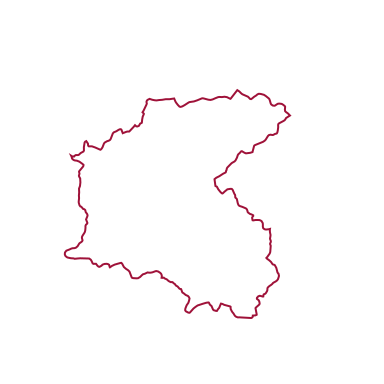 Tra Bong, Quảng Ngãi, Vietnam, rotated 213°
{"feature_id": "81297802B78342510004852", "entity_name": "Tra Bong", "entity_type": "district", "adm_level": 2, "iso_a3": "VNM", "parent_name": "Vietnam", "parent_adm1": "Quảng Ngãi", "projection": "natural_earth1", "projection_center": [108.495, 15.224], "detail": "fine", "context": "isolated", "style": "outline", "palette": "rose", "viewbox_px": 384, "rotation_deg": 213, "n_neighbors": 0, "source": "geoboundaries", "source_scale": "gbopen_adm2", "svg_char_len": 6016}
<svg xmlns="http://www.w3.org/2000/svg" viewBox="0 0 384 384"><g transform="rotate(213 192 192)"><path d="M73.1,120.5L73.7,121.5L71.7,123.0L70.9,124.2L71.1,124.6L75.5,129.2L75.4,130.2L74.3,134.2L74.4,135.1L75.4,136.3L76.2,137.0L77.4,137.6L79.3,137.7L79.6,138.0L79.9,138.7L79.6,140.6L78.7,141.8L78.1,142.1L75.6,142.9L75.3,143.2L76.0,144.7L76.1,145.2L75.1,146.7L75.0,147.8L75.1,149.8L75.3,150.6L76.3,152.4L76.4,153.2L75.9,155.2L75.0,157.3L74.6,158.6L74.5,159.8L74.0,160.9L73.1,162.5L72.5,164.2L72.4,165.7L73.2,168.6L73.5,169.2L75.1,170.7L75.9,170.8L76.6,171.2L80.0,174.3L82.6,175.7L83.1,175.8L84.7,175.3L85.3,175.4L87.7,176.4L90.2,176.8L92.6,176.9L93.7,177.2L93.5,178.4L93.3,182.7L93.7,184.3L96.7,189.8L98.2,190.9L98.4,191.3L98.7,193.0L98.9,193.4L99.4,194.0L100.7,194.9L101.3,195.6L101.9,197.1L102.7,198.7L104.8,200.8L106.2,202.8L106.5,203.5L107.4,202.5L109.4,200.9L110.4,200.4L111.6,200.3L112.5,200.4L113.7,201.5L114.7,203.1L115.7,204.4L117.9,205.5L119.2,205.4L120.2,205.2L123.6,203.0L125.2,201.5L125.8,201.3L127.0,202.5L127.6,203.2L127.7,203.7L127.6,205.3L128.0,205.8L129.9,205.6L131.4,205.2L133.6,205.3L134.5,205.6L135.5,206.6L136.5,207.3L137.2,207.5L138.0,207.6L141.9,206.9L144.5,206.2L145.2,206.2L146.3,206.6L147.7,207.7L150.4,210.4L151.0,210.7L152.4,210.9L152.9,211.2L153.8,212.5L154.4,213.1L155.4,213.5L159.0,215.9L159.9,216.2L160.4,216.2L161.6,215.5L163.8,213.5L164.9,210.0L165.4,207.9L165.6,207.4L166.0,207.2L166.6,207.2L168.2,207.5L171.5,208.6L174.0,210.0L175.6,209.8L180.1,215.0L179.8,216.0L179.4,217.2L177.7,220.1L175.9,224.2L174.5,226.6L174.5,227.4L174.9,228.1L175.0,229.2L175.6,230.7L175.7,231.7L174.6,237.3L174.3,238.2L173.0,240.7L172.7,242.1L173.0,245.3L173.7,247.9L173.7,249.0L173.3,250.3L172.9,252.9L172.4,253.4L169.3,253.5L167.8,253.8L164.6,256.5L163.0,258.4L165.0,264.4L165.0,265.1L164.4,266.1L159.8,272.7L159.0,274.5L158.7,276.0L158.8,280.3L158.5,281.6L157.4,282.8L155.6,283.6L154.9,284.2L154.1,285.8L152.9,287.1L152.8,287.4L152.9,288.5L153.6,290.4L155.0,293.3L156.2,295.0L156.6,295.9L156.4,297.0L153.9,301.5L153.4,302.7L153.3,303.6L153.4,305.3L151.5,309.5L154.1,310.1L155.2,310.2L156.4,310.2L157.9,310.5L158.9,311.6L160.3,314.2L160.7,314.5L162.7,314.8L164.3,314.8L165.1,314.6L167.1,313.6L168.2,312.6L169.5,309.6L169.9,309.2L171.4,308.5L173.3,308.6L174.2,309.1L176.6,311.2L177.7,312.0L178.5,312.3L182.5,312.7L184.6,312.7L187.4,311.8L188.5,311.3L189.5,310.7L190.3,309.5L190.7,308.0L191.8,305.6L192.5,303.3L193.0,302.1L193.9,301.7L196.9,302.4L203.0,301.4L204.3,301.5L207.2,302.1L209.5,302.1L210.4,291.4L210.6,291.0L214.3,290.6L216.6,289.6L218.6,287.9L221.0,286.5L221.9,285.6L223.6,283.2L225.1,280.9L226.6,279.3L228.6,278.3L233.2,276.8L234.1,276.4L234.7,275.9L237.5,271.8L239.7,269.0L243.0,266.1L243.5,265.4L245.5,260.9L246.7,258.6L247.7,257.4L248.2,257.0L249.1,256.8L251.2,257.3L253.8,258.2L255.1,258.8L257.9,260.7L261.5,257.5L264.6,255.5L267.3,253.0L269.7,251.2L271.6,249.5L273.1,248.7L275.6,247.7L278.3,247.0L279.4,245.1L279.6,244.1L279.4,243.1L279.2,242.7L278.1,241.6L277.8,240.5L276.9,233.6L276.9,231.9L275.1,231.5L274.8,231.0L274.4,228.4L273.3,225.7L271.8,222.8L271.9,222.4L272.7,221.2L272.6,218.5L273.5,217.2L274.5,216.7L276.2,217.0L276.4,214.9L277.5,208.9L277.7,208.4L279.0,207.6L279.8,206.8L282.1,203.6L285.1,205.8L285.8,205.9L286.5,205.5L286.9,205.0L287.5,204.0L288.5,201.8L290.1,199.4L290.3,198.0L289.1,192.3L289.1,191.1L289.8,189.6L290.8,188.5L292.0,186.2L292.2,185.3L292.2,184.6L291.4,180.7L291.4,179.0L291.6,178.0L291.9,177.5L297.5,176.6L300.8,175.8L303.4,174.1L303.8,174.1L304.5,174.5L305.6,175.9L308.4,177.1L309.0,176.0L309.0,175.0L307.1,170.7L305.2,167.9L305.1,166.8L306.6,164.0L307.2,161.5L307.7,160.9L309.3,159.9L309.7,159.5L310.2,158.2L310.2,157.5L310.4,157.3L311.0,157.2L311.7,156.6L313.1,156.6L312.0,155.9L310.9,154.8L310.1,154.5L308.7,154.4L307.6,154.6L305.5,155.6L302.9,156.1L299.1,155.9L297.8,155.7L297.4,155.0L297.2,154.1L297.9,148.1L297.8,147.5L296.3,146.0L295.8,144.3L295.6,143.9L294.6,143.2L293.2,142.5L290.8,139.2L289.2,136.0L288.6,133.3L286.4,130.2L284.9,127.4L283.4,125.4L281.7,122.1L281.1,121.3L279.1,119.6L277.8,119.1L277.2,119.3L276.3,119.2L274.0,118.5L272.9,118.9L271.7,118.7L270.1,117.2L268.3,116.6L267.5,116.1L266.8,115.4L266.5,114.5L265.9,111.3L262.9,109.1L262.7,108.4L263.1,106.8L263.0,106.1L262.8,105.4L261.9,104.1L260.6,101.6L260.1,100.1L260.0,99.1L260.0,96.0L259.9,94.9L259.7,94.1L259.1,93.3L257.5,91.9L257.3,90.9L257.6,89.7L258.4,87.9L258.5,87.3L258.4,84.2L259.1,81.9L260.3,80.6L261.4,79.9L262.4,78.8L263.5,77.0L265.4,74.4L265.6,72.1L265.1,71.1L264.5,70.2L263.2,69.4L261.4,69.2L260.6,69.3L257.5,70.5L255.2,71.8L254.0,72.1L251.4,74.2L249.7,75.5L242.0,80.2L240.0,80.1L238.4,79.3L236.4,78.0L235.4,78.1L234.4,78.9L233.4,79.5L230.9,78.6L229.7,78.5L228.8,78.9L227.7,81.0L227.5,82.3L226.2,84.0L224.3,85.4L223.0,85.8L221.9,85.8L220.1,84.2L219.8,84.1L218.9,86.4L217.3,89.0L213.3,93.6L212.6,94.1L211.3,93.7L208.3,92.0L205.5,91.6L203.0,91.6L201.1,91.2L196.3,87.7L195.5,87.4L194.3,87.8L191.5,89.4L190.3,90.3L189.2,92.6L188.8,94.6L188.3,96.3L187.0,97.8L185.5,100.3L184.0,101.0L182.8,101.8L181.5,103.0L179.7,105.4L179.0,106.2L177.1,106.9L174.6,106.9L173.4,106.6L172.7,106.2L171.8,105.4L171.3,104.7L170.8,103.5L170.0,103.9L169.5,104.5L169.0,104.8L167.9,104.6L165.6,105.0L163.1,104.6L160.8,104.8L160.4,105.0L159.9,105.5L159.2,105.8L157.9,105.5L155.9,105.4L154.7,104.8L152.6,104.9L149.9,104.1L149.2,104.2L148.5,104.6L148.2,104.6L145.4,102.5L143.6,102.5L141.2,102.2L138.8,102.6L137.4,102.2L136.1,101.4L135.3,99.3L134.7,97.1L134.8,94.1L134.1,90.7L133.5,89.4L133.2,89.0L132.2,88.6L129.6,88.8L128.5,89.2L128.1,89.8L127.3,95.1L126.5,97.5L125.5,99.9L122.2,104.0L119.7,106.9L118.1,108.3L117.6,108.4L117.2,108.2L115.7,107.3L113.5,107.0L110.4,104.9L109.4,104.7L107.0,105.4L106.3,105.9L106.4,107.7L106.1,109.6L106.9,113.9L106.9,114.2L106.5,114.3L105.5,114.7L103.5,114.9L97.7,116.8L97.2,116.8L95.9,115.0L94.1,113.9L92.4,113.1L91.2,112.8L88.7,111.6L87.2,111.4L86.6,111.5L85.3,111.8L83.8,112.8L74.0,118.4L73.4,118.9L73.1,120.5Z" fill="none" stroke="#9f1239" stroke-width="2"/></g></svg>